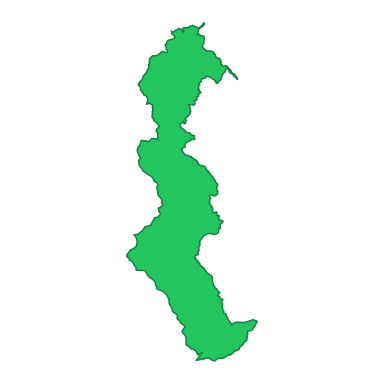 outline of Sugag, Alba, Romania
{"feature_id": "2599482B22496390812806", "entity_name": "Sugag", "entity_type": "district", "adm_level": 2, "iso_a3": "ROU", "parent_name": "Romania", "parent_adm1": "Alba", "projection": "albers", "projection_center": [23.621, 45.632], "detail": "fine", "context": "isolated", "style": "filled", "palette": "green", "viewbox_px": 384, "rotation_deg": 0, "n_neighbors": 0, "source": "geoboundaries", "source_scale": "gbopen_adm2", "svg_char_len": 5963}
<svg xmlns="http://www.w3.org/2000/svg" viewBox="0 0 384 384"><path d="M253.1,319.7L244.6,322.5L236.6,322.1L233.9,323.0L231.3,324.7L231.5,323.8L230.4,323.0L230.0,321.9L227.7,319.0L227.7,318.0L227.1,317.4L225.6,313.6L223.8,313.4L223.8,311.0L222.1,307.8L222.1,304.8L222.6,304.2L222.4,303.4L221.5,302.6L221.6,301.7L222.8,299.9L222.7,299.2L220.9,299.4L220.3,298.6L220.2,297.5L218.9,296.0L218.0,295.7L218.0,294.4L219.4,293.2L219.7,292.4L217.5,290.5L216.7,288.9L215.0,287.7L214.3,286.1L213.6,285.5L213.8,285.1L213.1,284.4L213.1,282.9L212.5,281.7L212.5,278.7L211.8,276.2L210.4,274.9L209.5,274.8L208.7,273.7L206.6,272.6L206.2,271.2L204.8,269.9L204.2,268.4L200.1,265.2L199.9,263.8L199.3,262.8L197.3,261.9L197.8,260.8L195.2,259.0L195.8,258.3L194.8,257.4L195.4,255.4L196.4,255.3L196.5,254.7L198.2,254.5L198.0,253.9L198.1,252.1L199.1,249.9L198.5,247.5L199.8,245.8L200.0,242.4L199.6,242.0L199.7,240.8L200.4,240.5L203.7,235.8L206.0,234.8L207.3,233.6L210.3,233.5L214.4,234.5L216.9,233.7L218.2,232.5L219.1,228.7L220.4,228.1L220.1,224.3L221.5,223.5L223.0,221.3L218.9,219.4L218.7,218.5L219.2,215.9L216.8,215.1L217.1,213.2L216.6,212.0L214.1,212.7L212.2,211.3L212.7,208.8L212.5,207.5L210.2,204.5L209.3,201.9L210.4,198.5L209.6,196.3L210.0,195.1L211.8,194.7L213.5,195.9L214.9,196.0L216.6,195.1L217.5,193.9L217.8,191.4L216.8,189.9L216.6,188.6L217.7,184.2L216.6,183.4L214.3,179.4L213.6,178.8L212.8,176.6L210.8,175.0L209.6,172.9L208.1,172.4L208.6,171.4L207.2,170.5L204.6,166.2L202.9,166.2L198.6,164.7L198.3,163.2L196.7,160.6L193.8,159.0L191.0,156.5L189.6,156.9L188.9,155.6L185.5,155.1L182.8,152.0L182.4,150.3L181.4,149.6L183.7,147.3L185.3,147.0L184.8,145.1L185.7,143.0L192.0,139.3L193.7,139.6L194.9,138.9L194.1,137.6L194.5,135.7L191.3,135.0L189.8,132.6L188.1,133.0L186.1,132.0L185.0,130.5L182.0,128.3L180.3,126.3L180.1,124.8L180.7,123.4L181.7,123.0L183.3,121.3L183.6,121.4L183.6,123.0L184.9,123.7L185.3,123.5L186.4,120.3L184.8,118.9L186.1,117.4L188.1,116.2L190.2,113.3L190.2,112.2L190.8,111.2L189.7,107.9L190.0,106.5L188.6,105.6L188.5,104.8L192.0,104.6L193.3,105.3L194.2,104.7L194.8,104.0L194.9,102.8L194.3,101.4L194.8,100.7L196.5,100.2L196.9,99.2L196.6,97.4L198.5,96.2L198.9,93.4L200.8,92.8L200.9,92.2L199.7,91.6L199.3,90.1L198.0,89.2L198.9,88.3L198.4,87.2L198.4,86.4L199.7,84.9L199.0,84.1L198.9,83.4L201.1,81.8L201.6,79.8L202.4,78.6L205.1,78.3L205.5,77.8L205.4,77.0L206.2,76.2L209.0,76.7L210.9,77.4L213.7,79.7L215.2,80.3L215.4,81.2L215.7,81.2L215.6,81.8L216.1,82.0L215.9,82.5L216.6,83.4L217.8,83.0L219.0,81.1L220.9,79.8L222.1,75.1L224.8,71.9L225.7,69.5L227.3,68.2L229.4,71.1L229.3,72.1L229.9,72.3L230.6,73.3L232.3,73.8L234.3,76.6L235.9,77.3L235.9,77.9L236.5,78.2L237.2,79.4L237.5,79.4L237.3,78.2L236.1,76.6L234.3,75.1L235.0,75.2L234.3,74.9L235.0,74.9L235.7,75.3L233.7,73.8L232.5,73.4L230.8,70.4L229.5,69.0L227.7,68.2L228.0,67.9L227.9,67.1L227.2,66.9L227.1,66.1L225.7,66.1L225.3,65.6L223.6,66.3L222.6,65.9L222.2,65.0L220.6,63.9L221.4,62.5L220.5,60.7L220.6,59.5L219.8,59.3L219.5,58.3L217.9,58.5L216.6,58.0L216.7,57.8L215.4,56.1L215.5,54.9L214.5,53.8L214.1,53.9L213.6,52.0L211.4,51.2L206.3,50.9L202.4,47.0L202.4,45.2L204.0,42.9L203.8,41.3L204.3,38.6L204.0,36.3L200.5,35.5L199.4,34.3L197.5,34.8L198.2,32.6L198.7,29.2L203.9,25.2L204.4,24.3L204.3,23.0L203.2,23.4L203.0,24.5L200.9,26.5L198.4,28.2L195.9,26.8L192.3,25.5L191.3,26.2L190.1,26.1L188.4,27.5L183.3,27.8L182.8,30.6L183.8,31.4L183.9,32.0L183.5,32.2L180.8,29.0L180.1,29.4L179.2,28.6L178.3,28.5L177.4,29.8L175.7,30.2L173.7,31.7L172.2,32.0L171.5,31.5L171.7,33.9L173.5,34.8L175.3,37.5L172.3,39.3L169.0,40.0L167.3,41.0L166.4,43.8L165.1,44.7L166.3,48.0L166.1,49.3L167.0,50.0L167.5,52.3L165.7,52.6L164.2,51.6L163.2,51.9L161.9,51.5L157.9,55.1L154.0,56.1L152.6,55.7L150.0,58.4L149.4,59.6L149.6,60.7L149.2,62.5L149.5,62.9L148.7,64.9L148.9,67.2L148.5,68.9L147.6,69.4L146.7,72.0L143.2,76.2L142.6,77.9L142.7,78.9L140.9,81.0L139.8,81.5L139.7,82.5L138.1,85.0L140.3,87.1L140.6,90.3L141.9,91.6L142.2,92.7L143.2,93.4L143.9,95.0L145.1,95.2L146.8,96.7L147.9,99.2L146.7,104.1L147.3,104.2L149.0,103.1L152.4,104.9L152.5,108.4L153.3,109.5L152.6,109.9L152.3,111.6L152.4,115.0L151.9,116.0L152.2,117.4L153.7,119.6L154.2,121.1L156.3,122.3L158.4,125.1L159.6,125.6L157.6,128.5L156.2,129.5L156.1,130.5L157.6,133.0L157.8,139.5L156.6,139.0L152.1,138.4L149.4,141.1L147.7,141.9L146.5,141.0L141.2,140.5L141.2,141.2L139.4,145.6L138.4,146.6L137.6,148.7L137.2,150.8L139.1,156.0L140.5,157.5L139.6,159.5L138.5,160.6L139.2,164.5L139.8,166.2L141.7,168.5L143.2,171.1L152.1,177.1L153.3,178.6L153.6,180.3L155.1,181.9L156.7,182.5L157.8,184.7L156.9,187.3L157.6,190.0L157.5,191.7L158.1,195.1L162.1,200.1L161.5,202.0L162.7,204.2L162.4,205.6L161.0,206.8L158.4,208.1L158.9,211.4L160.3,213.4L160.3,214.4L157.6,217.2L154.8,217.7L150.4,225.4L144.9,226.9L141.9,231.3L140.0,232.4L138.9,233.8L137.5,234.5L134.2,235.0L136.0,237.2L136.9,240.1L137.3,243.1L136.4,244.5L136.8,245.7L134.0,248.2L130.4,250.1L127.3,254.2L126.8,255.6L126.9,256.6L129.0,258.3L129.3,260.0L132.5,261.9L133.4,263.1L134.2,265.2L136.0,267.3L136.2,270.2L145.1,270.6L147.7,275.4L150.2,277.8L152.9,279.6L155.1,282.0L155.5,284.6L156.9,287.3L156.9,289.0L162.7,291.2L166.7,294.8L167.9,297.6L168.9,298.6L169.2,303.8L171.7,307.7L172.4,311.1L173.7,312.5L176.1,313.9L177.4,315.7L177.5,316.8L176.9,318.0L177.3,318.9L179.4,320.6L180.6,322.8L184.5,325.7L184.7,327.4L183.0,329.5L182.1,331.6L183.6,333.9L184.8,334.8L185.8,336.8L186.3,339.4L186.0,341.1L186.2,342.6L185.8,343.8L186.1,344.4L186.8,345.5L189.7,347.1L191.0,349.1L193.3,349.0L194.3,350.1L195.4,350.2L196.0,351.5L196.6,351.7L196.6,352.6L197.5,353.8L197.5,354.8L201.6,353.1L196.4,360.3L204.0,359.0L206.3,357.9L208.7,358.2L211.9,360.1L214.9,361.0L217.8,358.3L223.5,358.2L227.5,355.4L231.0,354.7L232.9,353.2L234.2,351.4L238.4,349.8L239.2,349.0L240.0,346.7L241.8,345.8L244.5,342.1L246.8,340.4L246.6,339.5L247.4,337.7L247.0,335.9L247.8,333.6L247.4,332.3L247.9,330.9L251.2,330.5L252.1,329.9L254.8,326.1L257.2,321.4L253.1,319.7Z" fill="#22c55e" stroke="#15803d" stroke-width="1.5"/></svg>